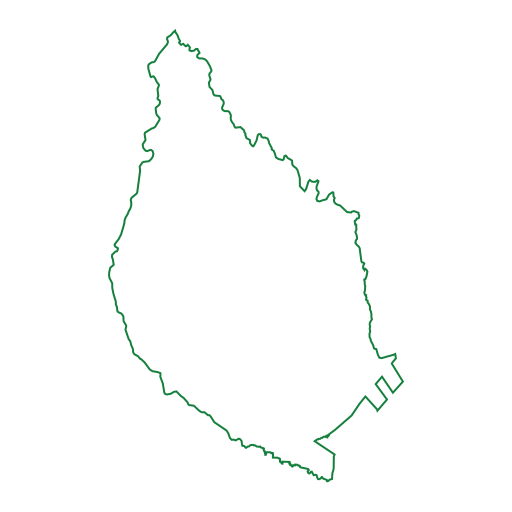 Sanyati, Mashonaland West, Zimbabwe (Equal Earth projection)
{"feature_id": "62879985B67434637878842", "entity_name": "Sanyati", "entity_type": "district", "adm_level": 2, "iso_a3": "ZWE", "parent_name": "Zimbabwe", "parent_adm1": "Mashonaland West", "projection": "equal_earth", "projection_center": [29.641, -17.974], "detail": "fine", "context": "isolated", "style": "outline", "palette": "green", "viewbox_px": 512, "rotation_deg": 0, "n_neighbors": 0, "source": "geoboundaries", "source_scale": "gbopen_adm2", "svg_char_len": 6054}
<svg xmlns="http://www.w3.org/2000/svg" viewBox="0 0 512 512"><path d="M358.5,212.8L354.0,211.1L351.9,211.7L351.1,212.5L347.1,212.1L340.0,205.4L337.9,204.9L335.4,203.5L334.2,201.9L333.9,199.9L334.7,198.0L333.6,196.5L333.3,192.5L332.3,192.3L329.0,194.7L326.4,199.3L322.1,200.4L319.8,201.4L317.4,201.0L316.4,199.0L317.1,196.5L318.6,193.3L318.6,192.1L318.1,191.2L317.2,190.6L316.5,188.7L316.6,186.5L318.5,181.2L317.3,180.3L315.4,181.8L313.1,181.8L311.8,181.5L309.8,180.0L308.4,181.7L306.1,189.1L304.6,191.2L299.9,186.3L299.8,178.0L297.5,170.1L296.2,168.2L293.8,166.4L292.3,164.6L292.1,160.9L291.6,160.2L287.8,158.1L286.0,155.7L285.5,155.6L284.4,156.2L283.7,159.2L282.7,160.1L278.4,159.0L275.9,157.4L275.1,154.3L273.8,150.9L271.7,149.4L271.8,148.1L269.2,143.3L268.7,141.0L267.5,138.5L264.9,137.5L263.4,137.7L261.6,136.9L261.0,135.0L260.4,134.2L259.0,134.1L257.8,135.1L256.5,140.6L254.0,145.4L253.2,146.3L252.5,146.1L250.2,143.4L249.8,139.9L246.4,138.1L246.0,136.4L245.4,135.6L245.5,133.7L244.4,132.4L244.3,131.0L243.9,130.2L240.5,127.1L235.5,127.7L234.6,126.8L233.6,124.1L232.1,122.2L231.0,120.2L230.7,118.4L230.9,115.3L229.5,112.2L228.0,111.1L224.6,111.1L222.9,110.1L222.2,109.1L222.1,107.5L223.7,103.8L223.7,102.0L223.0,100.4L221.4,99.1L220.4,96.5L219.9,96.0L214.8,95.5L213.6,94.5L212.4,90.0L209.5,86.9L208.9,82.6L210.4,79.9L210.5,79.1L209.3,75.5L209.3,74.7L209.5,73.5L211.2,71.5L211.5,70.2L209.7,65.8L207.0,61.2L204.8,59.2L202.3,58.4L199.2,58.4L197.3,57.2L197.2,56.2L197.6,54.6L199.5,53.0L199.3,52.1L198.0,50.3L197.5,49.0L196.0,48.9L194.1,50.6L191.4,51.1L189.5,50.4L189.4,49.6L189.9,47.6L189.1,46.2L187.7,44.8L186.5,46.1L185.6,46.2L183.2,43.8L181.1,44.8L179.9,43.8L179.2,42.9L179.1,42.4L180.0,41.5L180.0,40.7L178.9,39.2L177.6,35.4L175.5,32.2L175.1,30.7L172.9,32.7L170.8,35.2L167.2,37.5L167.1,39.2L168.0,41.8L167.1,44.3L159.1,53.8L155.0,61.2L153.6,62.2L151.8,62.3L148.8,64.3L148.2,65.6L148.4,68.9L150.5,76.5L151.0,77.1L153.1,76.3L153.8,76.5L155.4,78.9L156.8,82.0L158.9,84.7L158.9,85.5L157.5,89.2L158.3,95.8L157.5,98.3L157.6,99.1L159.6,100.5L160.0,101.6L159.8,103.6L159.1,104.9L155.8,107.7L155.7,109.1L156.2,113.2L156.9,115.0L159.6,118.2L159.5,119.8L155.2,126.8L153.1,128.2L151.9,128.4L145.0,132.7L144.6,134.1L145.5,140.1L143.0,143.9L142.7,144.9L143.3,148.0L145.7,150.8L147.3,151.1L150.2,149.9L151.4,150.1L152.7,151.2L153.4,153.9L152.9,156.4L151.4,158.9L149.9,160.3L149.0,161.2L143.5,161.9L142.3,162.6L139.7,166.5L140.1,170.9L137.2,192.6L136.1,194.1L131.6,197.7L131.3,198.5L130.7,200.0L131.2,201.7L131.3,205.2L130.2,209.0L128.9,210.9L127.6,214.2L125.6,217.5L124.5,220.5L124.5,222.2L123.7,225.6L121.1,234.4L118.8,238.9L114.6,244.5L114.7,245.5L115.4,246.7L117.9,248.2L117.8,249.5L117.0,251.2L115.3,251.7L112.1,254.8L112.0,257.3L112.8,259.1L113.7,264.8L110.3,267.7L109.2,272.2L109.1,276.0L109.7,278.4L112.2,283.2L112.3,288.2L113.6,294.4L115.8,301.5L115.9,304.6L117.0,307.2L117.3,310.9L118.3,312.2L121.1,313.4L122.4,314.7L123.4,316.5L123.6,321.2L126.2,325.5L126.1,327.2L125.5,329.2L125.6,330.0L128.7,339.2L130.2,341.1L131.4,345.7L132.3,347.4L133.0,349.5L133.1,351.9L133.6,353.2L134.5,354.3L138.0,356.2L140.3,358.9L141.3,359.3L144.6,362.4L149.8,369.5L152.5,371.2L157.3,372.0L160.2,373.0L160.5,373.6L160.3,376.8L162.8,383.4L164.3,392.6L165.0,393.8L166.8,394.5L170.7,393.8L173.8,391.9L176.4,391.4L181.0,396.1L183.5,397.8L187.6,402.4L188.2,404.1L189.1,405.1L193.9,405.7L198.6,410.2L200.6,411.7L202.1,412.3L204.4,412.2L208.0,415.2L209.5,415.2L210.7,416.5L214.3,422.2L226.5,430.5L228.2,433.1L229.9,437.9L231.7,439.8L233.7,439.6L235.5,440.4L238.8,438.7L240.1,439.2L241.5,440.9L242.3,445.7L244.2,446.0L245.7,447.8L246.5,447.6L247.6,446.6L249.1,446.4L250.1,445.3L251.2,445.0L253.0,444.9L253.7,445.4L254.7,445.2L256.7,446.5L259.4,446.8L260.1,446.5L260.9,447.5L263.4,448.2L263.4,448.9L263.9,448.9L263.9,450.8L264.4,451.5L264.9,451.5L264.9,453.5L265.3,454.1L265.3,454.8L265.8,454.8L265.9,454.1L266.9,452.2L270.5,452.3L271.0,453.0L272.5,453.0L272.5,453.6L273.0,453.7L272.9,457.6L277.5,457.7L278.5,458.4L279.5,458.4L280.0,459.0L280.0,461.6L280.5,461.7L282.0,463.7L282.5,463.7L282.5,461.7L289.2,461.9L289.1,462.5L289.7,462.5L289.6,463.8L290.1,463.8L290.1,464.5L290.6,464.5L290.6,465.2L291.1,465.2L292.1,466.5L292.6,466.5L293.2,465.9L293.2,465.2L295.2,465.3L295.2,464.6L297.3,464.7L297.8,465.3L298.8,465.3L299.3,466.0L299.8,466.0L299.8,466.7L300.3,467.3L308.1,469.0L308.7,469.7L308.7,470.3L307.6,471.4L308.0,472.6L309.1,473.5L310.3,472.8L310.9,471.8L311.8,471.7L313.7,475.2L315.8,474.8L316.6,475.2L317.2,477.4L318.0,479.1L319.0,479.2L320.4,478.6L321.8,477.0L322.3,477.2L323.0,478.5L326.8,479.9L327.0,481.2L327.3,481.3L328.6,480.8L329.6,479.6L332.0,479.1L332.4,473.1L333.4,470.0L333.7,468.0L333.8,456.5L334.6,454.5L314.7,441.2L317.2,439.4L318.0,439.5L318.5,438.9L320.2,438.8L321.4,437.8L322.4,437.8L323.4,436.8L324.8,436.6L325.8,437.0L326.3,435.9L327.2,436.8L327.2,436.0L327.5,435.7L328.3,435.9L328.3,435.0L328.9,434.9L328.8,434.5L335.1,429.8L351.6,415.5L359.5,403.8L365.4,396.5L377.0,409.3L377.4,410.7L387.0,399.5L375.7,384.1L382.0,376.7L392.9,392.7L402.9,381.6L391.8,363.6L392.5,362.3L395.9,358.4L395.2,354.0L393.5,354.8L381.6,358.1L379.4,357.7L377.9,354.8L376.3,349.1L374.5,348.7L374.0,348.2L373.0,344.8L370.8,340.8L370.7,339.4L369.6,337.2L369.5,333.7L370.2,331.4L369.7,328.8L370.1,326.1L369.7,325.1L369.8,322.9L372.0,319.1L371.4,317.4L371.4,313.9L370.8,311.3L369.9,309.3L370.0,306.4L368.5,303.4L367.7,302.6L367.6,300.7L366.0,299.7L366.5,297.4L365.9,296.3L366.1,295.2L365.3,295.2L364.3,292.8L365.1,289.6L365.0,288.3L365.3,286.1L364.7,284.4L364.8,282.3L364.2,279.9L364.4,279.3L365.4,279.2L366.5,276.3L367.4,271.7L366.6,270.0L365.0,268.6L364.5,268.8L364.3,269.8L363.1,268.1L363.2,265.7L364.3,263.5L363.7,262.8L361.9,262.3L361.3,260.9L359.7,248.3L358.8,246.6L356.4,244.5L355.9,243.3L355.4,242.9L355.8,240.4L357.0,238.9L357.1,237.9L356.6,235.2L355.4,232.1L356.5,229.2L356.2,227.3L356.3,225.0L355.7,224.1L355.2,224.3L354.7,221.4L355.0,220.6L355.9,220.3L357.0,218.4L357.9,218.5L358.8,218.0L359.3,215.7L358.5,214.0L358.5,212.8Z" fill="none" stroke="#15803d" stroke-width="2"/></svg>